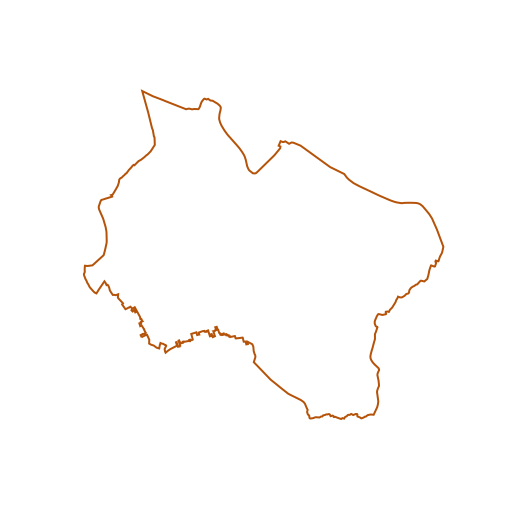 outline of Bang Ban, Phra Nakhon Si Ayutthaya, Thailand, rotated 122°
{"feature_id": "78962969B93937525115566", "entity_name": "Bang Ban", "entity_type": "district", "adm_level": 2, "iso_a3": "THA", "parent_name": "Thailand", "parent_adm1": "Phra Nakhon Si Ayutthaya", "projection": "albers", "projection_center": [100.482, 14.383], "detail": "fine", "context": "isolated", "style": "outline", "palette": "amber", "viewbox_px": 512, "rotation_deg": 122, "n_neighbors": 0, "source": "geoboundaries", "source_scale": "gbopen_adm2", "svg_char_len": 6088}
<svg xmlns="http://www.w3.org/2000/svg" viewBox="0 0 512 512"><g transform="rotate(122 256 256)"><path d="M347.2,201.6L353.1,178.1L354.9,163.3L355.7,155.9L355.6,153.8L354.4,141.7L354.5,139.3L354.7,137.9L355.3,136.3L358.4,131.9L358.9,130.9L359.5,130.5L360.5,130.3L361.1,130.1L362.0,129.1L362.9,128.0L363.1,126.4L364.9,124.9L365.1,124.5L365.1,124.0L364.9,123.6L363.3,121.7L361.7,120.5L361.0,119.8L359.3,116.6L357.6,115.7L356.9,114.7L355.6,114.6L354.1,113.1L353.1,112.5L352.6,111.6L351.4,110.4L351.3,110.0L351.3,109.5L351.6,108.9L352.2,108.1L352.3,107.8L351.9,107.4L350.9,106.7L350.7,106.3L350.7,105.5L351.3,104.9L351.3,104.5L350.4,103.6L350.0,101.2L349.1,97.4L347.7,96.8L347.2,95.1L345.6,95.2L343.6,94.1L342.3,93.9L341.9,93.6L341.0,92.3L339.5,91.6L339.4,91.3L339.4,89.6L339.3,89.2L337.1,87.7L336.5,86.6L336.7,86.0L337.8,85.5L338.3,84.9L337.8,82.3L337.9,81.0L337.8,80.5L335.9,79.1L334.5,78.5L334.1,77.8L331.9,77.0L331.4,76.6L329.6,74.7L328.3,72.1L320.0,73.1L317.2,74.0L314.4,75.3L307.1,81.4L305.5,82.0L303.3,82.5L301.2,82.8L300.4,83.2L296.9,85.9L292.6,90.0L290.9,90.7L287.4,91.2L286.8,91.7L286.1,93.0L285.1,98.1L284.3,100.8L283.3,102.9L282.1,104.6L280.5,105.8L278.6,106.6L274.4,107.9L272.7,108.3L267.6,109.9L263.4,111.1L259.3,113.7L256.4,114.2L252.0,115.3L251.9,115.6L252.1,116.7L252.0,117.3L250.5,119.4L248.9,120.5L247.6,120.9L243.0,121.6L240.7,121.6L240.3,121.3L240.0,120.6L239.1,117.8L238.5,117.0L236.5,115.0L236.1,115.0L235.0,116.2L234.5,116.4L233.5,115.2L233.0,113.7L230.6,113.9L227.7,113.2L222.0,113.2L220.8,113.3L219.3,113.7L216.7,113.7L215.2,114.0L214.8,112.0L214.0,110.6L213.2,110.0L211.0,108.9L208.6,108.4L207.1,107.0L206.7,106.9L205.7,106.9L205.1,107.3L203.5,107.8L202.5,107.8L200.7,107.6L198.9,106.8L197.5,105.9L195.5,105.1L194.6,104.2L190.0,103.4L189.5,103.0L189.3,102.5L188.4,99.8L184.7,98.6L181.1,99.6L176.0,101.5L171.3,102.6L171.1,102.4L170.5,99.2L170.2,98.9L169.9,98.7L166.3,99.6L165.8,100.8L165.5,101.0L164.6,101.1L163.9,98.6L163.6,98.5L160.7,99.3L158.8,99.7L155.2,99.9L153.9,100.2L148.9,102.0L137.8,116.4L130.9,126.6L128.7,131.2L126.9,136.5L125.4,141.3L125.1,144.4L125.4,146.3L126.2,148.4L129.1,153.4L132.5,158.6L133.6,159.8L134.3,161.0L136.0,165.1L136.8,167.8L137.7,171.9L139.4,183.1L142.1,205.8L142.5,211.9L142.0,217.6L141.3,220.6L139.7,224.6L141.3,240.3L138.8,276.7L140.1,284.3L140.9,286.0L143.3,287.4L143.2,291.9L144.7,293.0L145.2,293.8L145.6,296.0L150.5,295.2L150.2,293.3L151.9,292.6L160.9,293.8L183.6,299.3L185.6,299.9L186.6,300.7L187.5,302.5L187.0,307.0L186.3,308.5L184.6,311.0L179.9,315.6L177.5,318.5L176.1,320.9L174.5,324.4L173.3,327.4L172.2,330.9L168.2,344.5L166.3,349.2L163.8,354.2L161.8,357.2L159.4,359.8L157.7,360.8L155.7,361.8L154.3,362.4L151.1,363.4L148.9,364.4L148.3,365.1L147.7,366.4L147.2,369.5L147.3,372.4L147.3,374.6L147.4,375.3L148.2,376.8L148.3,377.4L148.1,379.9L149.4,380.8L149.9,383.1L150.4,383.4L153.7,383.8L155.4,383.6L159.1,382.7L161.4,382.5L162.0,382.7L164.2,386.5L165.5,387.9L166.3,390.4L166.7,391.2L168.6,393.1L172.8,415.7L173.1,417.7L175.2,428.3L176.4,439.9L191.4,423.5L202.6,412.0L204.0,410.1L208.6,406.0L209.2,404.9L215.4,400.7L223.0,400.8L227.6,401.8L228.5,402.3L231.2,403.0L235.3,404.5L237.8,405.9L243.2,407.1L243.5,407.2L243.5,407.9L243.6,408.1L245.0,408.5L247.6,408.8L250.4,409.4L254.7,409.7L255.2,410.2L257.2,410.5L258.6,411.0L260.9,411.5L261.6,412.1L262.7,412.4L263.8,412.4L266.2,411.3L269.7,410.4L273.6,410.2L279.3,410.1L280.2,410.3L281.1,411.1L281.4,409.8L281.8,409.4L290.5,416.9L292.2,416.8L296.4,415.8L297.4,415.5L298.2,415.1L299.4,414.0L300.2,412.9L305.4,405.3L311.1,398.9L314.4,395.9L315.5,395.1L322.3,390.6L324.1,389.6L330.9,387.2L335.7,385.7L336.3,385.7L350.5,389.7L350.9,390.1L353.7,393.5L354.9,395.9L355.4,395.7L358.0,394.3L360.0,392.9L360.8,392.6L362.4,392.4L362.9,392.1L363.6,391.4L365.9,388.4L367.1,386.2L368.1,385.0L368.8,383.4L370.6,380.4L372.2,375.0L372.5,372.9L372.3,371.5L367.6,371.5L357.8,371.1L358.6,369.2L359.9,367.3L359.1,366.6L359.3,365.7L360.6,363.8L362.7,361.6L363.9,359.1L364.9,356.8L364.0,355.5L363.5,354.1L361.5,352.6L364.5,351.1L365.0,349.8L366.6,343.7L368.0,343.9L370.3,338.5L368.9,337.6L367.1,336.6L367.0,336.3L365.6,335.7L365.9,333.7L366.7,333.1L368.1,332.8L368.4,331.2L366.9,330.9L366.8,331.0L366.3,330.7L367.8,328.5L367.1,328.1L364.8,332.2L363.7,331.7L369.1,322.1L369.4,321.7L370.7,320.8L370.7,320.6L370.2,319.8L371.2,318.4L371.4,317.7L372.5,318.6L373.1,318.1L373.6,318.6L374.1,318.0L375.0,319.1L376.8,317.0L375.5,316.3L377.2,312.5L377.3,312.6L378.6,310.6L379.6,308.7L381.1,309.5L381.9,310.4L382.2,310.6L382.2,310.8L384.2,311.9L385.0,310.7L384.5,310.4L384.8,309.6L381.8,307.8L380.6,306.6L383.5,302.2L386.9,300.2L386.8,297.8L386.1,295.2L386.4,292.2L386.3,291.1L385.7,289.1L383.0,290.2L380.4,290.9L380.2,289.4L379.7,288.4L379.7,286.0L379.4,285.5L379.8,284.5L383.3,284.2L385.2,282.5L385.9,281.4L382.8,280.4L380.2,279.2L373.8,275.4L371.6,278.1L371.1,277.7L374.3,274.1L373.4,273.1L373.2,273.4L372.3,272.7L368.8,276.8L368.3,276.4L369.9,274.7L369.5,274.4L370.0,273.6L368.3,272.0L367.7,272.6L367.2,271.8L366.9,272.0L366.1,270.6L364.2,268.6L363.3,267.1L362.5,268.1L362.0,267.7L362.3,267.3L362.0,266.6L360.6,265.3L360.3,265.4L356.4,269.6L352.4,266.2L354.2,264.0L353.0,262.9L352.7,262.5L351.3,264.0L348.0,261.4L346.9,260.1L347.4,259.5L346.3,258.4L346.7,258.1L345.8,257.2L345.3,257.8L344.5,257.2L348.5,252.5L347.7,251.8L346.7,253.1L345.7,252.2L347.3,250.3L346.9,250.0L347.5,249.5L345.8,248.3L342.6,252.1L342.0,251.7L342.0,251.9L341.4,251.3L341.2,251.4L340.5,250.9L340.4,251.1L339.8,250.6L338.0,252.8L336.9,251.8L338.9,249.4L338.6,249.0L340.7,246.5L340.5,245.9L341.4,244.9L340.9,244.5L341.4,243.9L340.7,243.3L341.0,242.9L340.2,242.1L339.5,242.9L338.8,242.4L339.6,241.5L338.7,240.7L338.9,240.3L338.1,239.7L338.8,239.1L338.1,238.4L338.5,238.0L337.7,237.1L338.5,236.2L337.9,235.5L338.4,235.0L335.1,231.5L336.6,229.7L336.2,229.2L336.3,229.0L333.3,225.3L332.4,224.3L332.3,224.0L335.2,221.0L334.1,219.5L336.1,217.4L335.0,216.2L333.2,217.6L332.8,212.7L333.0,212.1L334.0,210.6L334.6,210.0L337.8,207.6L340.0,205.1L340.4,204.3L341.1,203.6L342.2,202.9L347.2,201.6Z" fill="none" stroke="#b45309" stroke-width="2"/></g></svg>